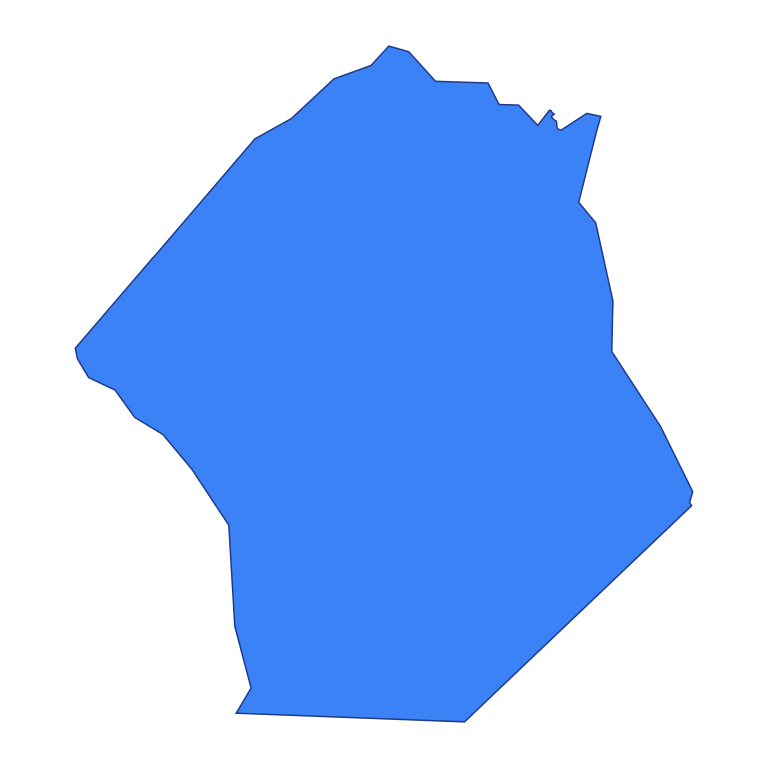 Hoke, North Carolina, United States of America (Albers equal-area conic projection)
{"feature_id": "52423323B67745221671047", "entity_name": "Hoke", "entity_type": "district", "adm_level": 2, "iso_a3": "USA", "parent_name": "United States of America", "parent_adm1": "North Carolina", "projection": "albers", "projection_center": [-79.199, 35.024], "detail": "fine", "context": "isolated", "style": "filled", "palette": "blue", "viewbox_px": 768, "rotation_deg": 0, "n_neighbors": 0, "source": "geoboundaries", "source_scale": "gbopen_adm2", "svg_char_len": 819}
<svg xmlns="http://www.w3.org/2000/svg" viewBox="0 0 768 768"><path d="M600.8,116.4L586.8,113.4L561.3,130.0L559.2,129.7L557.5,128.5L557.1,127.7L556.4,121.2L553.9,119.7L551.5,117.0L551.7,116.3L553.8,114.3L554.2,114.1L552.6,112.9L551.8,112.1L551.0,110.6L549.5,110.2L537.8,125.4L518.6,105.1L499.0,104.5L488.0,83.0L435.5,81.3L408.8,51.8L388.8,46.1L371.1,65.4L333.9,78.9L291.3,118.6L255.0,138.8L155.9,254.6L153.4,257.3L152.7,258.0L75.3,348.2L77.5,359.0L88.7,377.6L115.1,390.1L134.8,417.5L162.8,434.4L191.9,469.3L228.8,525.2L234.8,626.2L251.1,688.0L236.2,713.2L464.5,721.9L500.5,687.6L652.4,543.0L675.0,521.5L687.0,510.1L687.7,509.4L691.6,505.7L689.6,502.6L692.7,491.6L660.5,426.4L611.8,351.6L612.9,300.9L595.7,222.9L578.7,202.3L596.3,132.3L598.4,124.9L600.8,116.4Z" fill="#3b82f6" stroke="#1e3a8a" stroke-width="1.5"/></svg>